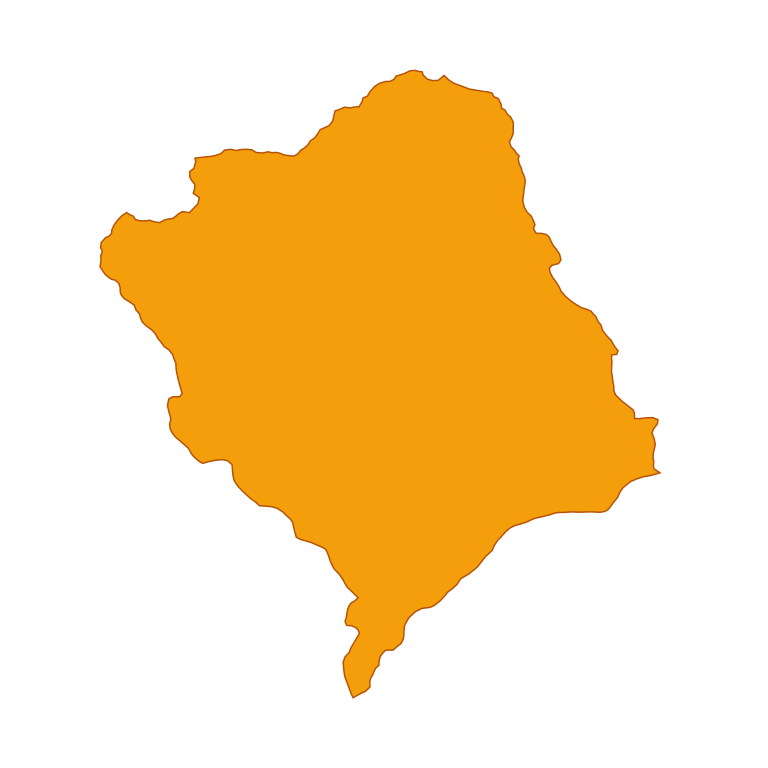 Barretos, São Paulo, Brazil, rotated 83°
{"feature_id": "56859067B29660912500509", "entity_name": "Barretos", "entity_type": "district", "adm_level": 2, "iso_a3": "BRA", "parent_name": "Brazil", "parent_adm1": "São Paulo", "projection": "mercator", "projection_center": [-48.643, -20.518], "detail": "fine", "context": "isolated", "style": "filled", "palette": "amber", "viewbox_px": 768, "rotation_deg": 83, "n_neighbors": 0, "source": "geoboundaries", "source_scale": "gbopen_adm2", "svg_char_len": 4804}
<svg xmlns="http://www.w3.org/2000/svg" viewBox="0 0 768 768"><g transform="rotate(83 384 384)"><path d="M85.1,286.8L89.3,293.3L88.7,299.1L86.7,303.8L82.3,307.4L78.8,308.1L77.8,311.9L76.4,315.2L76.4,320.3L78.4,326.1L79.9,334.5L83.0,337.1L84.4,341.6L83.9,345.3L84.9,351.4L87.4,356.8L92.3,362.5L96.3,365.4L97.6,370.0L101.0,371.3L105.7,374.9L105.5,380.8L105.8,384.2L104.4,389.6L105.8,393.7L107.0,399.3L111.2,400.9L116.6,402.8L121.0,407.2L122.6,412.5L123.8,416.4L127.7,419.4L131.5,423.1L133.6,427.4L137.6,430.6L140.4,434.9L141.7,438.0L145.1,441.5L146.9,445.8L145.9,449.9L144.5,455.2L142.1,459.5L141.0,463.0L140.8,467.1L139.4,470.7L139.9,476.6L138.6,482.7L135.4,486.6L134.2,492.6L133.8,498.0L134.3,501.9L132.4,507.8L132.4,513.5L135.4,517.8L136.5,522.7L137.0,527.7L136.8,533.4L136.8,538.8L136.8,544.1L140.3,543.7L146.8,546.4L149.4,550.9L155.0,551.5L158.5,550.1L162.9,547.4L166.6,548.0L171.5,550.1L176.4,544.6L182.5,546.7L185.8,550.8L190.2,556.3L188.3,563.1L190.1,567.3L192.0,570.1L193.9,573.3L193.9,577.4L194.4,581.9L196.5,586.9L195.0,592.4L193.0,596.3L193.0,600.8L192.4,605.9L190.5,610.7L186.9,612.4L184.9,615.8L182.5,618.6L185.1,623.8L189.0,628.5L192.7,632.1L197.8,635.3L201.6,636.2L203.9,639.0L204.7,642.4L209.2,647.4L213.9,648.6L218.2,647.4L222.1,649.5L226.8,649.8L233.0,651.5L237.2,649.5L241.2,647.4L244.5,644.4L247.0,641.4L248.1,638.2L251.7,635.1L256.1,634.1L260.4,634.6L263.6,634.0L267.7,631.3L271.4,626.6L275.4,622.2L280.2,621.2L284.5,618.2L288.8,617.6L293.2,616.3L297.8,612.4L302.0,607.9L306.4,604.7L311.1,603.0L315.5,600.1L320.2,597.6L323.9,593.3L329.2,590.1L332.8,589.5L337.8,588.1L344.9,588.5L349.1,588.2L354.8,587.7L363.5,586.4L368.8,585.5L371.8,588.5L371.2,591.8L371.0,595.5L372.5,599.3L378.7,601.5L384.0,601.1L392.8,599.7L397.4,601.7L402.4,601.7L407.3,599.9L411.3,597.3L423.7,586.2L430.6,583.2L433.4,581.3L437.8,577.4L440.7,573.6L439.8,568.2L439.2,561.5L439.2,556.6L439.7,552.3L441.3,548.4L445.6,544.6L453.2,545.0L457.7,545.0L461.4,544.5L465.4,542.7L468.6,540.9L474.4,536.4L481.1,530.7L483.5,528.0L486.7,524.8L489.6,522.4L490.5,517.8L492.1,510.4L494.4,505.1L498.6,500.1L503.1,496.5L506.9,493.2L510.3,491.5L515.8,491.1L525.5,489.7L528.0,486.0L532.5,475.5L538.6,465.1L540.8,462.1L545.0,460.6L553.9,458.7L557.5,457.6L561.3,456.1L567.6,451.5L572.6,448.8L577.6,446.9L581.3,445.2L587.1,440.4L593.0,435.7L596.0,440.0L597.4,443.5L600.4,446.0L603.5,447.7L608.1,449.0L611.8,450.1L614.7,451.6L619.0,450.5L620.0,445.6L622.3,441.8L625.1,439.6L628.6,438.8L636.1,444.5L641.6,448.8L646.3,451.4L650.3,456.1L655.4,458.5L662.4,458.7L666.6,458.7L669.9,458.5L688.0,454.2L691.6,452.9L690.1,449.2L688.1,444.3L686.9,440.0L683.1,434.9L677.6,434.3L674.5,433.2L671.2,430.6L665.4,427.3L662.5,423.3L658.9,422.8L654.3,421.1L651.3,418.5L648.4,414.9L649.2,407.4L646.8,403.9L643.6,398.7L639.8,396.1L635.8,394.9L631.9,394.4L625.7,392.8L619.0,387.8L616.4,384.2L613.7,380.3L611.4,374.0L611.3,365.7L610.2,361.6L606.6,355.4L603.5,351.7L600.7,348.5L598.3,346.1L595.4,340.9L591.8,336.0L586.5,331.5L584.6,327.0L583.0,323.2L577.1,313.7L574.5,311.1L568.0,304.6L566.0,301.9L562.3,296.9L557.5,294.1L552.4,289.6L550.3,286.7L545.9,281.8L542.7,277.3L540.7,272.4L539.9,267.5L538.6,259.9L536.6,254.1L535.6,250.0L535.0,243.4L534.0,235.2L533.0,230.4L532.8,226.6L533.4,221.0L533.6,216.7L534.0,211.8L534.8,207.6L535.3,202.9L535.7,198.0L536.2,193.7L537.7,184.8L537.3,180.0L535.9,176.9L533.1,173.9L529.5,170.6L525.2,166.1L519.6,162.7L516.1,159.4L513.8,155.9L510.8,150.9L508.6,143.2L507.6,137.2L507.5,132.9L506.7,126.0L505.8,120.9L500.9,126.5L497.4,126.4L493.6,125.7L489.6,125.9L485.8,125.2L477.2,122.1L471.2,122.5L465.3,124.0L461.4,121.9L456.7,117.4L452.7,116.5L450.0,121.8L449.5,129.2L449.5,135.0L448.8,139.5L443.7,139.1L440.3,139.7L433.1,146.8L430.4,149.6L426.9,152.4L422.9,155.6L418.5,156.7L414.4,156.2L410.1,156.5L404.1,156.5L399.4,156.7L394.3,155.9L390.1,155.1L386.3,155.0L382.8,154.5L383.0,149.5L379.5,147.7L375.7,150.1L371.6,152.0L368.1,153.3L365.6,155.4L361.6,158.2L357.2,160.6L352.1,161.4L347.8,164.0L343.2,165.3L340.2,167.6L337.0,169.6L334.4,173.9L332.2,178.9L328.4,183.8L324.3,188.5L319.1,193.3L313.2,197.1L309.4,198.2L304.5,200.3L298.9,203.6L293.6,205.5L289.2,205.8L286.7,202.8L285.7,196.0L282.4,193.3L276.6,193.9L271.2,196.6L267.3,199.1L263.4,200.6L258.2,202.2L255.4,204.7L253.7,209.4L253.0,214.6L248.4,216.7L244.2,214.8L240.4,215.7L235.4,217.3L230.9,221.0L226.0,223.1L219.8,224.0L216.5,223.4L213.2,222.5L206.9,221.0L201.2,219.3L197.4,219.1L193.5,219.9L190.3,221.0L186.6,221.4L181.7,223.0L177.4,223.4L173.9,222.1L171.3,224.4L167.7,226.0L164.1,229.0L158.9,230.0L154.8,227.2L151.3,225.3L145.7,224.5L139.8,223.8L134.5,225.7L131.1,228.8L127.0,230.4L124.5,233.7L120.6,233.7L114.7,235.7L112.3,239.9L108.5,241.2L106.6,245.7L105.7,249.8L101.7,263.2L93.9,278.2L90.4,282.4L85.1,286.8Z" fill="#f59e0b" stroke="#b45309" stroke-width="1.5"/></g></svg>